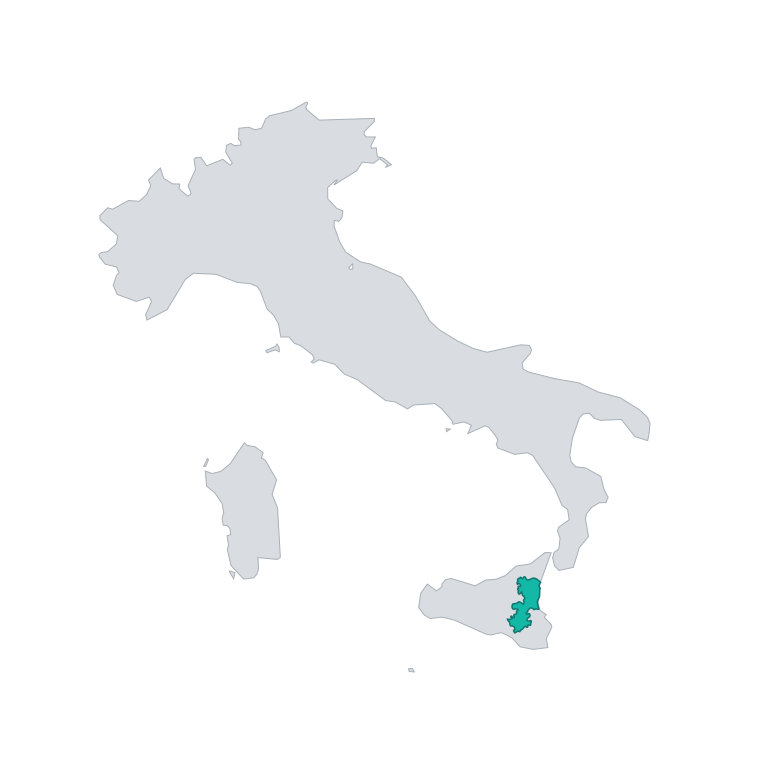 Catania on a map of Italy (Equal Earth projection), rotated 348°
{"feature_id": "ITA-5413", "entity_name": "Catania", "entity_type": "Province", "adm_level": 1, "iso_a3": "ITA", "parent_name": "Italy", "parent_adm1": "", "projection": "equal_earth", "projection_center": [14.756, 37.507], "detail": "fine", "context": "in_parent", "style": "filled", "palette": "teal", "viewbox_px": 768, "rotation_deg": 348, "n_neighbors": 0, "source": "natural_earth", "source_scale": "10m", "svg_char_len": 6714}
<svg xmlns="http://www.w3.org/2000/svg" viewBox="0 0 768 768"><g transform="rotate(348 384 384)"><path d="M150.5,154.2L154.9,156.6L172.2,151.4L182.5,154.4L191.3,149.3L197.1,141.5L196.1,135.6L210.1,126.2L211.2,136.9L218.6,144.2L225.9,146.0L224.0,150.4L231.1,159.4L234.0,158.5L235.0,156.9L233.5,149.4L244.3,134.7L245.0,124.6L246.9,123.5L252.0,124.2L255.9,133.7L273.1,130.7L278.8,137.9L281.5,136.5L277.4,124.2L279.6,117.9L284.1,116.8L287.2,119.8L293.8,120.6L294.2,116.9L292.6,114.4L295.2,103.7L305.0,104.7L310.7,108.5L317.5,108.4L323.5,99.9L328.1,97.8L350.2,97.2L366.6,92.1L367.9,93.2L364.9,97.3L365.8,99.9L375.4,112.4L429.8,122.2L429.0,125.3L417.2,133.1L416.3,136.1L418.1,138.7L426.9,140.6L420.8,148.1L420.8,150.9L425.5,151.3L424.7,160.3L430.5,163.1L436.9,171.0L430.4,172.5L433.0,170.4L426.6,162.6L419.7,165.9L408.9,162.5L401.5,169.8L376.3,179.0L380.7,174.8L378.9,174.7L369.7,180.2L367.5,191.3L374.3,202.3L379.8,206.2L377.2,212.9L373.8,215.5L369.4,213.6L368.0,219.6L370.2,235.7L373.9,247.0L386.3,259.6L395.4,263.7L423.1,283.0L433.2,304.7L441.9,332.0L449.2,342.3L464.5,356.9L478.5,367.7L491.5,374.4L525.7,374.1L534.3,376.5L535.4,381.1L533.8,384.2L523.6,392.0L523.1,398.1L528.0,402.4L551.3,413.9L575.2,423.6L591.4,436.1L612.4,446.7L628.9,462.8L634.8,471.4L636.0,478.0L632.2,489.5L630.1,494.2L618.4,487.6L608.8,468.0L588.4,464.6L582.4,461.2L578.9,455.3L572.5,454.7L568.0,457.9L557.0,476.2L551.0,492.0L550.7,498.5L554.1,504.7L564.0,508.2L576.8,519.5L577.3,533.6L579.7,541.5L576.4,546.1L569.9,544.9L561.4,547.8L555.3,552.9L552.9,557.9L552.4,575.6L540.9,584.8L531.1,602.7L516.4,602.8L513.0,597.3L512.8,589.1L515.3,584.1L520.7,581.7L524.2,571.3L523.1,563.7L525.1,560.4L536.9,555.3L537.5,544.8L532.9,540.0L529.2,521.1L514.5,484.6L509.8,481.0L497.2,480.0L482.2,470.4L481.3,466.3L483.8,462.5L482.1,457.2L477.4,448.1L474.2,445.9L455.7,449.9L461.0,442.5L454.4,437.7L443.0,437.7L443.1,434.4L435.0,419.7L429.6,413.7L408.6,410.7L401.8,413.3L391.5,404.0L382.2,400.5L358.6,374.0L347.2,366.0L340.0,354.5L325.6,346.9L318.9,348.8L317.3,347.3L320.8,345.1L320.2,340.7L310.6,329.3L304.9,325.6L301.0,318.3L292.8,316.5L293.3,303.4L290.4,294.1L285.2,286.2L282.4,267.5L280.1,262.2L274.3,258.2L261.0,253.8L242.6,241.8L220.7,236.1L211.5,240.3L187.4,266.1L165.5,272.2L165.2,266.8L174.0,254.7L172.4,250.3L158.9,251.7L141.6,240.9L139.6,231.2L145.0,222.1L148.0,220.0L146.7,213.9L136.2,208.8L132.2,200.8L132.0,198.0L134.8,196.6L141.1,197.1L151.3,191.4L154.4,183.7L140.4,164.2L141.1,160.2L150.5,154.2ZM377.5,264.8L378.3,259.9L373.7,262.9L375.0,265.2L377.5,264.8ZM512.4,583.8L494.9,611.8L489.0,630.8L489.7,638.0L494.8,643.3L492.3,645.4L497.7,654.4L497.6,656.8L489.7,667.0L489.6,675.9L474.7,674.6L462.5,669.4L456.5,659.2L451.8,654.9L446.6,651.5L436.1,651.7L431.5,649.7L403.7,629.6L392.9,624.3L380.4,622.9L375.4,618.5L371.4,609.8L376.5,596.2L384.8,588.7L392.2,597.3L398.6,594.4L399.0,591.7L403.5,588.2L409.3,588.2L431.2,600.4L442.7,596.9L453.1,598.3L462.8,596.6L475.3,589.6L489.7,590.4L506.4,582.4L512.4,583.8ZM252.0,433.8L259.0,455.5L251.6,468.7L254.1,483.0L246.6,531.9L243.2,533.4L224.6,527.6L222.8,538.9L220.2,543.5L216.4,546.4L206.2,545.7L196.6,529.6L196.3,513.7L198.5,509.1L198.9,499.9L202.8,499.4L203.3,493.2L201.2,489.9L197.4,488.7L197.6,481.9L200.5,476.5L200.8,467.3L196.0,455.5L189.2,446.9L191.2,432.0L197.1,435.8L206.1,435.6L217.1,429.9L235.2,412.5L237.4,415.7L244.8,418.6L251.5,426.1L248.7,430.9L252.0,433.8ZM287.5,322.6L289.0,326.1L288.4,330.7L284.8,328.0L276.1,329.1L275.2,326.7L285.9,324.6L287.5,322.6ZM199.0,537.5L196.4,543.2L193.8,535.7L194.2,534.7L199.0,537.5ZM196.7,421.3L192.6,427.4L190.5,427.2L195.7,420.2L196.7,421.3ZM353.8,671.9L348.9,670.5L348.7,667.7L352.6,668.1L353.8,671.9ZM439.4,441.9L435.3,443.6L435.5,440.6L439.4,441.9Z" fill="#d9dde1" stroke="#a8b0b8" stroke-width="1"/><path d="M496.0,610.5L495.2,611.2L493.9,613.2L493.6,614.0L493.7,614.6L494.2,615.7L494.3,616.4L494.1,616.9L493.5,617.6L493.3,618.2L493.2,619.4L492.7,621.1L492.4,622.3L491.8,624.5L489.7,627.1L488.8,628.7L488.6,629.7L488.5,630.8L488.6,636.5L487.2,636.3L486.0,635.5L485.6,635.5L484.6,635.9L484.2,635.9L483.7,635.8L482.2,634.1L481.8,633.8L481.2,633.6L480.7,633.5L480.2,633.6L478.0,635.1L477.6,635.6L477.0,636.7L475.5,637.6L475.2,638.1L475.5,638.7L476.0,639.1L476.5,639.0L477.0,638.8L477.6,638.6L478.7,639.2L478.8,640.5L478.3,641.8L477.2,642.5L476.5,642.7L475.8,643.1L475.2,643.6L474.7,644.3L474.7,644.9L475.1,645.4L476.0,646.0L476.6,646.2L476.9,646.1L477.7,645.8L478.2,645.8L478.6,646.1L478.7,646.9L478.6,647.4L477.8,648.6L477.6,649.1L477.6,649.6L477.4,650.1L477.1,650.4L476.7,650.4L476.2,650.3L475.4,649.9L475.1,649.8L474.8,649.7L474.5,649.8L474.2,650.1L474.1,650.5L474.2,651.0L474.1,651.4L473.8,651.8L473.5,651.8L473.2,651.7L472.9,651.5L472.2,650.6L471.9,650.3L471.5,650.4L468.1,652.7L466.5,653.3L466.2,653.6L465.6,654.3L465.3,654.5L464.8,654.3L463.8,653.6L463.3,653.5L461.1,654.5L460.5,654.6L460.0,654.5L459.9,654.0L459.5,653.0L459.4,652.5L459.6,652.0L460.0,651.7L460.4,651.5L460.8,651.1L461.2,649.8L460.7,648.5L459.7,647.6L457.5,646.9L457.2,646.0L457.3,643.7L457.0,642.5L456.0,641.0L455.9,639.7L458.2,640.5L459.4,640.4L460.5,639.9L459.7,638.9L459.5,638.3L459.7,637.8L460.1,637.5L460.6,637.7L461.4,638.8L462.1,639.3L462.8,639.4L463.2,639.0L463.1,638.0L462.9,637.6L462.8,637.3L462.9,637.0L463.2,636.7L463.6,636.5L465.6,636.5L466.0,636.2L466.3,635.9L466.3,635.4L466.1,634.6L466.1,634.2L466.4,633.8L466.8,633.6L467.7,633.3L468.1,633.0L468.1,632.5L467.4,631.9L465.9,631.2L464.4,631.4L464.0,631.4L463.5,631.0L463.1,630.5L462.9,629.9L462.8,629.2L463.0,628.2L463.3,627.3L463.7,626.5L464.4,625.9L468.0,626.1L469.0,625.9L469.9,625.2L470.9,625.1L472.1,625.9L473.2,626.9L473.9,627.8L474.5,628.3L475.0,627.9L475.5,627.0L475.7,626.2L475.6,625.8L475.4,624.9L475.5,624.5L475.8,624.0L476.9,623.3L477.3,622.8L476.5,620.4L475.7,619.8L475.4,619.1L475.6,617.0L475.6,616.0L473.3,617.5L472.7,617.7L472.2,617.4L472.0,616.9L471.8,616.3L471.8,615.8L471.9,615.2L472.0,615.0L472.7,613.9L472.6,613.6L472.1,612.9L472.0,612.4L472.3,612.0L473.0,611.5L473.1,611.4L473.0,610.7L473.0,610.4L473.1,610.1L473.2,609.9L473.6,609.7L474.0,609.8L474.8,610.3L475.2,610.4L475.5,610.0L475.7,609.4L475.7,608.9L475.5,608.2L475.1,607.7L474.6,607.3L474.1,607.1L473.9,607.2L473.2,607.7L472.9,607.7L472.7,607.2L472.7,606.9L472.8,606.2L472.9,605.9L473.0,605.6L473.3,605.3L473.7,605.1L474.0,604.8L474.0,604.2L474.0,603.8L474.0,603.4L474.1,603.0L474.4,602.6L474.6,602.4L474.9,602.2L475.2,602.1L476.2,602.4L476.5,602.3L477.1,601.4L477.5,601.5L477.9,601.9L478.2,602.5L478.4,602.9L478.5,603.1L478.9,603.2L480.3,602.1L480.9,601.8L481.4,601.8L481.9,602.2L482.2,602.6L482.5,604.4L483.6,605.5L485.4,605.6L488.8,604.9L490.9,605.2L492.8,606.6L496.0,610.5Z" fill="#14b8a6" stroke="#0f766e" stroke-width="1.5"/></g></svg>